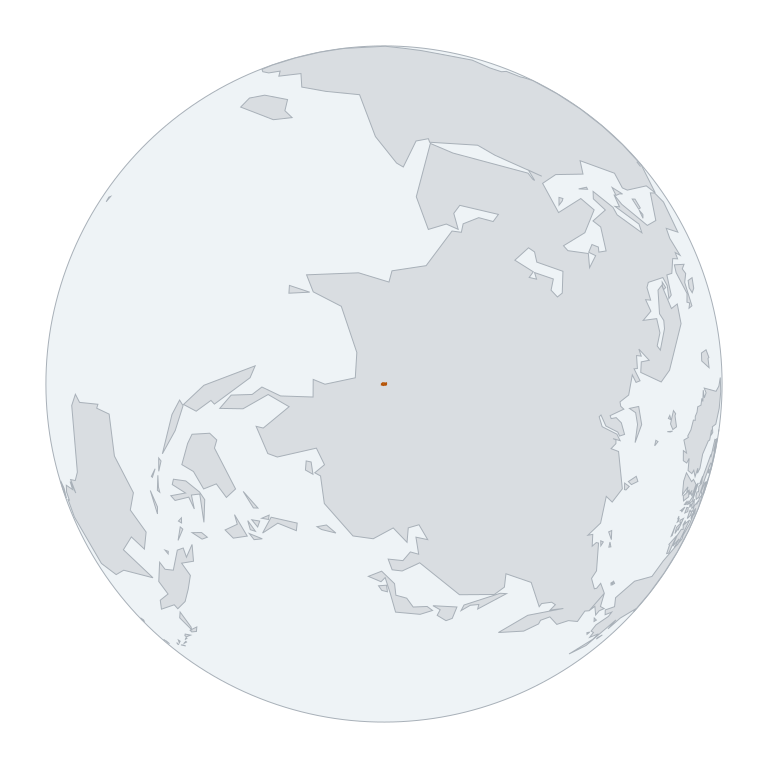 Bumthang on an orthographic globe, rotated 110°
{"feature_id": "BTN-2480", "entity_name": "Bumthang", "entity_type": "District", "adm_level": 1, "iso_a3": "BTN", "parent_name": "Bhutan", "parent_adm1": "", "projection": "orthographic", "projection_center": [90.682, 27.708], "detail": "fine", "context": "on_globe", "style": "filled", "palette": "amber", "viewbox_px": 768, "rotation_deg": 110, "n_neighbors": 0, "source": "natural_earth", "source_scale": "10m", "svg_char_len": 11754}
<svg xmlns="http://www.w3.org/2000/svg" viewBox="0 0 768 768"><g transform="rotate(110 384 384)"><circle cx="384" cy="384" r="338" fill="#eef3f6" stroke="#a8b0b8"/><path d="M512.7,71.5L509.7,71.0L523.1,81.9L537.5,89.8L526.4,85.4L560.6,104.7L574.4,117.8L552.5,100.5L545.4,97.0L551.7,104.1L545.8,102.2L545.4,104.9L537.8,102.4L525.6,93.6L520.5,92.0L525.2,97.3L520.6,98.8L514.4,91.2L505.6,93.3L483.6,81.1L473.2,66.4L454.8,61.1L427.5,50.9L423.7,51.2L411.0,48.9L401.9,48.7L399.5,47.8L394.3,48.6L398.3,49.6L397.4,50.5L392.4,50.8L388.4,49.3L390.3,49.0L386.5,48.8L386.7,48.1L383.8,48.6L379.5,47.4L376.3,49.2L366.7,48.7L365.9,47.9L375.7,47.1L392.9,46.2L417.5,47.7L441.9,51.1L465.9,56.2L489.6,63.0L512.7,71.5ZM352.5,47.5L353.5,47.5L342.3,48.7L328.8,50.6L328.3,50.7L352.5,47.5ZM314.6,53.3L314.0,53.4L312.2,53.8L314.6,53.3ZM549.2,96.5L545.1,93.0L551.1,97.2L549.2,96.5ZM546.7,105.8L549.8,107.6L548.3,108.3L546.7,105.8ZM359.2,47.0L359.3,47.0L356.5,47.2L359.2,47.0ZM364.1,46.7L366.8,46.5L369.5,46.4L367.7,46.5L364.1,46.7ZM535.3,105.4L532.0,106.4L533.2,103.7L535.3,105.4ZM360.0,47.1L373.9,46.3L378.5,46.2L375.7,46.8L360.0,47.1ZM528.7,106.1L520.8,109.8L526.9,113.7L505.3,105.4L519.1,104.5L519.7,100.3L523.5,104.2L528.7,106.1ZM401.8,49.9L397.3,48.8L405.6,49.6L401.8,49.9ZM407.3,50.3L434.3,53.1L438.4,55.4L428.5,53.7L437.6,57.2L426.3,56.8L418.8,54.9L418.4,53.2L414.4,54.5L407.3,50.3ZM494.6,100.8L490.9,100.7L492.5,99.1L494.6,100.8ZM397.7,51.0L402.8,51.1L406.7,53.0L397.3,53.3L399.0,52.5L397.7,51.0ZM445.5,58.6L446.7,60.4L438.0,60.6L437.3,61.4L426.4,57.1L445.5,58.6ZM395.6,52.2L392.3,53.4L386.0,52.9L393.0,51.1L395.6,52.2ZM411.7,53.5L413.1,54.6L409.3,54.0L411.7,53.5ZM361.4,53.0L367.4,52.4L370.0,53.2L361.4,53.0ZM391.6,54.0L393.8,54.2L395.5,54.6L392.1,55.4L391.6,54.0ZM421.0,57.7L417.1,57.6L425.0,59.5L418.7,60.1L412.6,57.3L412.6,58.8L410.7,59.1L407.9,56.6L421.0,57.7ZM393.7,57.7L383.8,55.2L372.1,55.7L369.5,54.8L388.8,54.2L393.7,57.7ZM402.3,57.2L396.4,57.2L396.1,55.8L400.0,54.9L402.3,57.2ZM416.7,61.8L427.8,61.4L428.8,62.1L416.7,61.8ZM390.4,58.0L392.8,58.7L389.6,58.2L390.4,58.0ZM408.7,60.8L412.5,60.4L413.5,61.2L408.7,60.8ZM394.6,60.5L391.4,59.6L393.9,58.8L394.6,60.5ZM401.1,60.8L401.5,62.0L396.7,59.1L402.6,60.5L401.1,60.8ZM409.0,61.6L410.8,61.9L407.2,61.6L409.0,61.6ZM386.8,64.5L380.2,61.0L385.8,59.1L391.4,62.6L386.8,64.5ZM90.2,217.1L111.6,194.5L108.1,205.3L118.6,221.7L118.2,227.1L107.1,239.5L107.1,276.1L118.7,268.8L128.5,294.3L141.2,303.6L163.2,278.6L142.4,262.5L148.5,246.1L173.1,247.0L192.7,262.6L195.8,256.8L191.5,236.6L204.4,230.6L191.0,229.0L190.2,236.7L181.8,236.3L182.0,229.4L186.6,227.2L183.0,220.8L162.3,234.1L159.3,243.4L144.8,235.5L138.4,250.6L131.5,253.4L139.7,229.2L145.3,222.8L153.7,193.4L146.5,199.1L138.1,227.7L137.0,223.3L127.3,232.8L133.8,222.1L144.9,190.8L137.4,184.5L113.3,199.1L112.0,195.0L117.4,183.6L140.8,159.8L141.2,172.0L149.5,165.2L161.8,149.8L160.9,155.3L166.0,150.9L167.4,155.6L181.6,151.4L184.8,155.5L202.2,144.5L206.3,145.5L194.8,151.4L188.6,158.4L198.1,170.4L203.4,169.9L214.0,162.1L215.3,167.0L224.3,158.1L235.6,162.2L229.3,150.1L241.6,142.2L254.8,140.3L257.7,135.9L236.2,139.3L228.6,142.8L223.8,149.1L202.1,158.6L196.3,156.8L214.8,139.7L208.5,135.8L225.7,125.5L273.4,120.4L287.3,124.2L285.3,146.7L275.2,149.8L271.0,142.9L264.0,156.5L269.8,151.8L270.9,156.4L282.8,151.2L284.2,154.2L293.4,144.5L296.3,147.7L290.5,153.8L310.7,150.3L320.1,156.1L324.0,153.9L325.6,150.0L336.4,160.7L338.8,158.7L336.2,154.3L339.3,147.7L349.1,140.7L352.3,144.8L349.2,147.9L347.6,161.1L338.9,169.5L341.2,170.6L349.5,164.4L351.5,148.0L356.5,142.7L357.0,150.1L357.2,146.9L360.7,145.7L367.1,148.5L367.2,140.5L401.0,124.2L416.9,129.2L413.6,136.7L440.6,132.9L456.4,140.7L453.9,136.4L465.2,132.9L460.4,130.3L460.1,128.0L486.9,120.4L495.7,122.5L504.5,116.3L503.2,114.3L497.2,112.2L505.3,105.4L526.9,113.7L528.7,117.6L541.0,121.0L543.3,129.8L550.8,139.4L546.1,148.5L552.5,156.1L556.6,156.7L568.4,168.2L578.4,191.5L552.2,169.8L533.6,138.7L539.6,150.6L532.8,147.5L531.7,151.8L536.4,160.8L540.2,162.0L520.1,177.8L520.6,204.5L533.7,201.4L544.1,208.4L556.2,241.0L539.8,289.3L553.5,303.0L555.8,312.8L547.1,320.2L543.5,305.8L532.8,301.8L532.1,293.2L517.0,301.6L515.3,289.7L504.3,303.0L510.9,312.0L524.9,308.2L516.1,326.1L533.1,341.2L537.4,361.2L516.7,399.2L492.1,412.2L491.1,418.7L480.2,412.3L467.4,425.6L489.1,459.3L489.1,469.4L467.5,489.7L466.7,482.4L437.8,465.4L433.5,489.3L455.5,508.0L463.1,530.0L446.7,523.8L438.9,504.3L428.6,497.7L430.6,477.1L420.5,446.2L403.9,452.1L404.4,439.4L388.0,413.1L363.7,420.3L325.6,450.7L321.6,482.0L307.9,494.1L288.2,445.9L286.5,414.2L274.9,415.2L258.4,384.9L217.0,372.4L215.0,363.2L206.4,364.4L195.3,351.9L194.0,337.0L185.5,334.5L190.2,373.9L199.8,376.8L213.3,367.2L212.4,380.2L223.6,395.2L197.0,417.7L142.1,422.7L143.4,398.3L136.6,320.7L140.6,314.5L140.9,313.6L141.2,312.0L133.6,321.5L134.8,306.8L131.1,357.9L127.6,377.7L141.2,423.8L138.3,426.2L144.7,437.0L173.5,440.1L172.1,447.7L154.4,476.7L120.5,505.9L128.9,538.7L133.1,562.8L120.7,568.2L130.7,588.1L125.5,588.6L131.1,598.7L132.0,604.7L130.1,606.3L122.5,598.0L107.8,578.6L94.4,558.2L82.6,536.9L66.2,498.4L61.9,480.8L57.8,462.3L49.5,412.0L50.8,392.8L50.4,380.4L48.4,376.0L48.8,361.2L48.3,356.9L48.0,348.0L52.1,320.6L58.4,293.6L66.9,267.3L77.5,241.7L90.2,217.1ZM91.9,217.3L88.7,222.5L91.9,217.3ZM206.6,294.8L222.9,303.4L227.5,282.1L234.2,284.0L233.3,276.5L227.8,280.6L227.4,260.8L238.7,259.1L242.9,250.8L237.6,247.6L216.9,254.4L217.2,282.1L208.4,287.7L206.6,294.8ZM192.8,125.6L189.2,130.2L182.7,133.6L178.7,130.9L188.1,125.7L192.8,125.6ZM185.7,136.2L205.2,121.4L208.5,123.3L203.3,124.5L203.5,127.3L195.3,130.2L179.4,147.6L172.7,151.9L168.9,143.0L173.8,143.1L177.0,138.3L185.7,136.2ZM249.1,88.3L257.5,84.1L253.7,93.3L246.3,96.3L241.7,93.1L247.9,87.8L249.1,88.3ZM352.4,49.3L355.9,48.7L357.0,48.8L355.0,49.5L352.4,49.3ZM364.0,52.6L338.3,52.7L341.0,51.8L322.8,54.1L322.7,52.9L334.6,51.2L320.9,52.6L331.6,50.6L321.5,52.0L347.9,48.5L356.9,47.5L346.8,48.9L346.6,49.9L349.2,50.1L363.4,50.1L382.7,49.5L385.6,51.2L382.5,52.6L378.3,53.0L377.7,51.6L372.5,53.1L368.5,51.5L364.0,52.6ZM344.2,79.9L345.4,76.1L334.1,83.0L330.1,79.7L329.0,80.8L322.2,79.9L312.1,80.9L311.7,79.1L308.0,80.4L303.4,80.2L298.1,81.4L295.5,78.9L288.8,80.4L291.4,78.4L280.6,81.9L287.5,78.3L282.2,78.3L278.3,81.7L277.3,69.5L271.5,68.6L262.9,70.2L275.9,65.0L292.2,60.7L308.2,58.5L311.9,60.8L317.1,58.5L320.4,59.1L314.9,60.6L325.3,58.8L326.6,59.8L340.8,60.6L355.1,58.3L360.6,58.9L355.7,60.3L364.7,60.0L359.1,63.4L362.9,64.1L361.3,68.7L349.5,71.8L354.7,72.5L353.7,76.5L344.2,79.9ZM385.9,65.7L372.7,69.2L364.0,69.4L370.5,61.6L367.8,60.5L371.7,56.4L384.2,56.4L382.0,57.4L382.7,58.5L378.5,58.1L382.4,59.3L379.4,61.0L381.6,62.6L376.7,63.2L385.9,65.7ZM123.9,224.8L124.7,227.6L127.4,230.5L121.3,236.9L123.9,224.8ZM130.9,203.4L132.6,204.4L125.3,214.0L124.4,211.4L130.9,203.4ZM139.7,197.3L133.3,203.8L136.2,198.7L139.7,197.3ZM197.0,152.3L199.5,153.4L197.3,155.6L193.1,157.4L197.0,152.3ZM310.0,102.9L312.1,99.8L314.3,99.7L324.2,94.5L328.0,97.0L323.5,101.1L310.0,102.9ZM156.1,280.7L148.8,283.4L148.5,279.3L151.0,279.1L156.1,280.7ZM131.4,259.3L134.1,267.8L129.8,261.0L131.4,259.3ZM315.8,104.7L319.4,102.1L319.1,105.0L315.8,104.7ZM331.2,98.6L331.9,101.5L329.6,96.7L331.2,98.6ZM301.2,705.0L307.8,707.4L302.5,706.5L301.2,705.0ZM173.5,578.4L172.8,613.4L161.3,608.2L153.4,594.9L149.7,571.9L161.1,570.6L165.1,561.5L173.5,578.4ZM541.9,570.1L550.9,569.7L550.4,571.0L541.9,570.1ZM532.6,567.2L543.1,565.8L530.6,570.4L532.6,567.2ZM547.1,565.3L557.8,560.8L562.4,557.7L561.4,560.6L547.1,565.3ZM525.4,568.4L485.2,572.8L469.0,570.6L473.1,565.4L499.3,564.3L525.4,568.4ZM471.8,565.4L446.8,552.8L411.0,511.3L423.9,512.0L460.9,536.5L458.6,541.0L473.8,551.2L471.8,565.4ZM531.4,533.1L528.9,546.4L507.0,548.2L496.9,547.2L489.9,531.0L493.8,522.0L502.2,521.4L533.4,487.6L544.5,493.3L535.2,507.4L544.3,517.6L531.4,533.1ZM323.1,485.2L331.2,504.4L323.7,506.6L323.1,485.2ZM545.1,464.3L533.1,479.6L543.7,460.0L545.1,464.3ZM550.8,446.2L552.0,453.0L546.5,447.1L550.8,446.2ZM491.7,428.4L482.9,430.8L482.2,425.8L493.1,419.9L491.7,428.4ZM540.5,378.2L542.1,392.9L541.0,398.2L536.2,389.9L540.5,378.2ZM353.2,128.0L335.3,131.9L324.9,137.7L323.0,145.0L318.0,137.0L334.0,128.0L353.2,128.0ZM394.8,124.0L396.4,118.5L400.8,120.4L401.0,121.9L394.8,124.0ZM392.1,121.0L384.5,115.4L388.7,112.1L393.9,117.1L392.1,121.0ZM349.5,108.5L343.9,109.3L344.4,106.8L349.5,108.5ZM585.5,654.8L591.4,649.0L599.8,643.4L591.1,650.8L585.5,654.8ZM571.7,642.0L511.0,670.1L499.2,670.5L505.4,663.8L500.9,645.9L505.0,645.7L506.3,632.0L543.9,612.7L571.9,582.3L589.2,579.3L604.5,556.9L621.1,552.7L614.1,569.1L628.9,572.2L645.1,534.8L648.0,564.9L654.7,570.5L649.3,588.1L614.8,629.5L600.7,641.3L600.7,640.0L594.1,645.3L587.8,647.9L589.7,640.5L583.0,645.6L591.9,636.3L581.0,645.8L580.3,641.1L571.7,642.0ZM688.0,529.1L688.8,528.3L688.2,531.0L687.0,532.8L688.0,529.1ZM700.1,501.1L700.0,502.3L699.3,503.8L700.1,501.1ZM699.8,501.1L701.4,496.7L700.4,500.2L699.8,501.1ZM697.9,490.4L699.0,487.6L699.1,488.6L697.9,490.4ZM564.0,567.2L577.0,554.8L583.6,552.4L564.0,567.2ZM697.2,487.8L694.9,489.7L695.4,487.6L697.2,487.8ZM697.9,483.2L698.0,480.7L698.6,485.6L697.9,483.2ZM694.0,481.3L696.5,483.5L693.6,482.2L694.0,481.3ZM692.2,483.5L690.1,483.2L690.3,482.2L692.2,483.5ZM663.2,505.6L671.7,516.1L663.7,520.3L655.2,515.1L646.6,528.1L628.2,533.9L633.0,526.4L631.0,518.3L610.8,521.4L606.8,516.6L614.3,510.4L600.4,509.5L615.7,502.4L621.6,512.9L630.1,500.5L643.8,497.8L656.4,496.5L665.7,500.9L663.2,505.6ZM615.0,529.5L617.5,528.7L615.0,533.0L615.0,529.5ZM686.1,479.8L689.1,483.2L688.6,485.0L687.0,485.3L686.1,479.8ZM668.0,497.6L678.4,482.1L680.6,480.9L673.6,496.0L668.0,497.6ZM676.3,476.8L680.7,475.6L682.7,479.9L681.7,482.0L676.3,476.8ZM583.8,526.7L583.1,530.3L579.0,528.6L583.8,526.7ZM589.2,523.4L601.4,524.0L588.0,526.6L589.2,523.4ZM550.4,519.5L554.2,527.0L566.3,519.5L557.1,528.8L564.9,540.5L561.9,546.1L554.3,533.2L550.9,548.6L545.5,549.3L542.9,537.1L548.6,520.4L554.0,512.9L575.6,505.9L550.4,519.5ZM589.3,513.5L586.0,504.6L588.4,497.6L592.0,501.9L589.3,513.5ZM575.5,483.4L566.0,473.9L557.9,479.8L573.7,460.5L580.4,472.9L575.5,483.4ZM566.6,459.8L559.0,465.3L566.4,454.4L566.6,459.8ZM556.8,461.8L555.3,453.9L561.6,453.8L556.8,461.8ZM570.6,459.4L571.1,445.4L574.7,452.8L570.6,459.4ZM551.1,436.2L565.6,447.1L547.8,444.5L544.4,418.0L551.8,416.2L551.1,436.2ZM575.5,320.1L572.2,312.8L578.1,309.7L578.7,315.5L575.5,320.1ZM594.4,295.1L578.6,306.5L565.5,316.7L570.8,319.2L570.1,332.9L560.7,322.2L568.0,305.8L578.4,300.6L577.5,289.4L583.6,280.3L578.3,267.4L580.2,260.9L588.1,271.3L594.4,295.1ZM575.6,262.2L568.6,239.2L580.9,239.7L585.2,244.8L583.2,254.9L576.9,254.0L575.6,262.2ZM570.6,234.1L564.3,233.2L540.9,203.2L539.1,197.2L563.4,219.0L558.8,219.5L562.4,227.2L570.6,234.1ZM493.4,102.7L491.1,100.9L494.9,102.0L493.4,102.7ZM457.2,126.7L457.4,123.9L461.9,124.9L457.2,126.7ZM460.4,116.9L455.2,117.6L459.4,115.1L460.4,116.9ZM443.8,119.9L452.5,117.1L446.1,122.3L443.8,119.9Z" fill="#d9dde1" stroke="#a8b0b8" stroke-width="1"/><path d="M382.9,381.9L383.0,381.8L383.4,381.9L383.6,381.9L383.8,381.8L383.9,381.7L384.0,381.8L384.4,382.0L384.4,382.3L384.4,382.5L384.2,382.7L384.3,382.8L384.5,382.9L384.6,383.1L384.7,383.3L384.8,383.4L384.8,383.5L385.0,383.5L385.1,383.8L385.1,384.0L385.4,384.1L385.4,384.4L385.4,384.5L385.4,384.8L385.4,385.1L385.4,385.3L385.5,385.3L385.5,385.6L385.4,385.6L385.5,385.9L385.4,385.9L385.3,386.0L385.2,386.1L384.8,386.3L384.6,386.2L384.4,386.0L384.4,385.9L384.3,386.0L384.2,386.0L383.9,385.8L383.8,385.7L383.7,385.7L383.4,385.5L383.4,385.4L383.4,385.2L383.2,384.8L383.2,384.7L383.1,384.4L383.1,384.2L383.2,383.9L383.1,383.7L382.9,383.7L382.8,383.4L383.0,383.1L383.0,382.9L382.9,382.7L382.7,382.5L382.8,382.5L382.8,382.4L382.7,382.1L382.8,382.0L382.9,381.9Z" fill="#f59e0b" stroke="#b45309" stroke-width="1.5"/></g></svg>